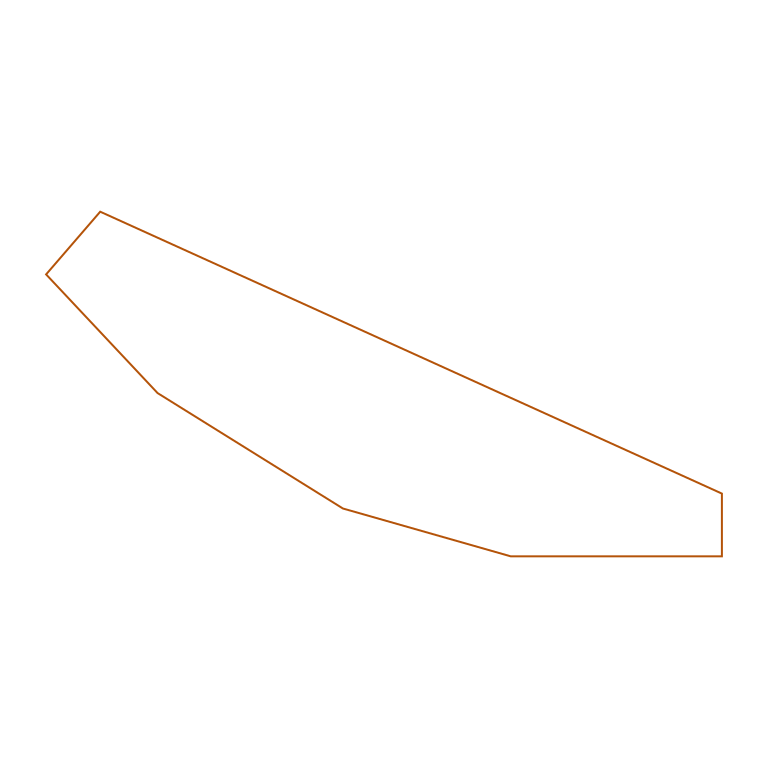 an SVG outline of Penrhyn
{"feature_id": "COK-4962", "entity_name": "Penrhyn", "entity_type": "state/province", "adm_level": 1, "iso_a3": "COK", "parent_name": "Cook Islands", "parent_adm1": "", "projection": "orthographic", "projection_center": [-157.971, -8.964], "detail": "fine", "context": "isolated", "style": "outline", "palette": "amber", "viewbox_px": 768, "rotation_deg": 0, "n_neighbors": 0, "source": "natural_earth", "source_scale": "10m", "svg_char_len": 222}
<svg xmlns="http://www.w3.org/2000/svg" viewBox="0 0 768 768"><path d="M721.9,556.3L510.6,556.3L342.9,508.5L157.6,393.1L46.1,274.4L100.2,211.7L721.9,493.6L721.9,556.3Z" fill="none" stroke="#b45309" stroke-width="2"/></svg>